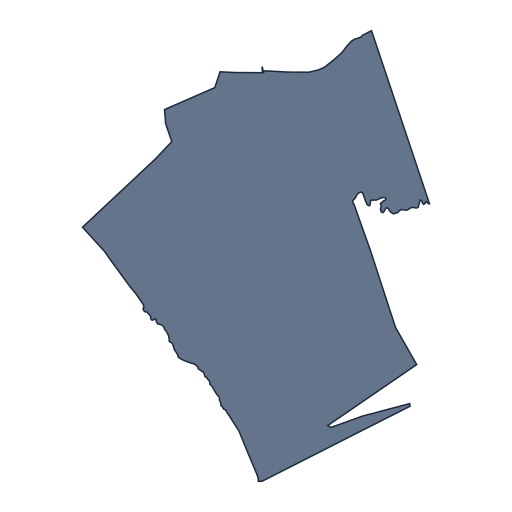 Santo Tomás Tamazulapan, Oaxaca, Mexico (Equal Earth projection)
{"feature_id": "50627088B4613944542165", "entity_name": "Santo Tomás Tamazulapan", "entity_type": "district", "adm_level": 2, "iso_a3": "MEX", "parent_name": "Mexico", "parent_adm1": "Oaxaca", "projection": "equal_earth", "projection_center": [-96.577, 16.24], "detail": "fine", "context": "isolated", "style": "filled", "palette": "slate", "viewbox_px": 512, "rotation_deg": 0, "n_neighbors": 0, "source": "geoboundaries", "source_scale": "gbopen_adm2", "svg_char_len": 3172}
<svg xmlns="http://www.w3.org/2000/svg" viewBox="0 0 512 512"><path d="M429.5,203.8L384.9,70.6L380.2,56.7L379.4,54.2L376.8,46.4L371.5,30.7L362.7,35.1L360.7,37.2L357.3,38.4L354.5,39.2L353.1,40.1L352.4,40.5L351.3,41.2L348.6,44.2L346.8,46.2L341.8,52.7L335.4,58.4L333.9,59.7L324.2,67.4L318.1,70.0L308.8,72.2L288.1,72.1L265.0,70.8L263.6,72.3L262.4,67.7L262.0,66.6L262.3,71.6L262.4,72.7L234.4,72.5L220.0,71.8L219.0,75.0L214.8,87.6L166.4,108.7L164.5,109.6L164.8,112.7L165.6,123.6L171.8,141.6L155.3,159.0L126.5,186.0L82.5,227.2L105.0,252.0L110.4,259.9L112.0,262.1L129.6,286.1L136.6,294.7L142.6,303.5L143.5,304.6L143.4,305.3L143.9,306.6L143.1,308.8L143.6,310.3L144.2,311.2L145.3,311.9L146.6,311.9L147.1,312.1L147.9,313.1L149.2,314.5L150.1,315.5L150.6,316.1L150.5,317.1L151.1,319.5L152.2,320.2L153.8,319.7L155.2,318.6L156.0,319.2L156.0,320.6L156.4,322.0L157.9,324.0L160.4,324.5L162.2,325.3L163.6,326.6L164.5,329.2L166.6,331.7L167.4,333.4L168.4,335.4L169.1,338.3L169.1,339.9L169.2,341.2L169.7,341.8L171.3,342.5L172.1,343.2L172.7,344.4L173.2,345.9L173.7,347.4L174.0,348.3L174.4,349.8L175.0,350.7L176.8,353.2L177.5,354.6L177.8,355.6L178.3,357.1L179.5,358.2L182.9,360.0L187.3,361.8L192.1,363.5L193.4,363.7L195.2,364.5L198.1,367.4L198.2,368.9L200.9,370.5L201.6,371.0L202.3,371.7L202.7,371.9L203.3,372.1L203.8,372.9L204.2,373.9L204.4,374.8L204.7,375.8L205.3,377.0L206.3,377.3L207.2,378.1L207.8,379.3L208.2,379.9L209.3,380.9L209.7,382.0L210.0,382.6L209.8,383.1L210.0,383.5L209.9,383.8L209.8,384.1L210.1,384.2L210.6,384.7L211.1,385.4L211.8,386.1L212.4,386.7L213.2,388.5L214.0,389.8L214.4,390.6L214.8,391.1L215.5,392.4L216.4,393.8L217.7,395.5L218.9,396.6L219.3,397.7L219.5,400.3L220.2,401.6L220.7,403.0L220.8,404.2L220.9,405.3L221.2,405.9L221.8,406.4L222.7,407.1L223.6,409.2L225.3,409.7L239.0,431.1L245.9,448.1L257.2,475.1L258.3,478.7L258.3,481.3L262.0,481.3L359.7,431.7L410.1,406.2L409.8,404.1L409.7,403.6L362.1,416.2L331.1,427.4L327.8,425.5L353.5,407.9L416.7,364.6L395.5,327.4L370.1,249.5L361.8,226.3L354.6,205.9L352.6,201.4L353.3,200.1L354.8,198.6L355.8,197.3L356.3,195.6L357.6,194.2L358.5,193.1L360.2,192.2L361.5,192.2L362.2,192.7L363.3,194.4L363.8,196.3L364.5,197.9L364.9,199.4L365.4,200.6L365.9,202.1L366.4,202.7L366.9,204.3L367.4,204.8L368.4,205.5L368.8,205.7L369.4,205.7L369.9,205.5L370.0,205.0L370.3,203.2L370.4,202.4L370.7,200.6L371.1,200.1L373.3,200.2L373.7,200.0L376.2,200.1L377.2,199.7L378.4,199.2L379.6,198.6L380.8,198.1L382.3,197.8L383.9,197.4L384.8,197.6L385.5,197.8L385.7,198.3L385.7,199.5L385.3,200.0L384.3,200.5L383.5,200.9L382.5,201.7L382.2,202.1L381.1,202.9L380.9,203.4L380.4,203.6L381.3,205.9L380.5,208.6L380.7,210.6L381.6,212.2L382.9,212.6L384.3,211.2L385.0,209.5L386.3,207.8L388.3,208.4L389.0,209.9L389.6,210.9L390.5,212.0L393.2,213.8L394.4,213.6L396.8,212.9L398.0,212.4L399.3,210.7L401.9,209.5L403.3,209.8L406.5,210.2L407.9,209.7L410.4,208.0L412.2,207.4L413.6,207.6L415.0,207.8L416.3,208.0L417.3,207.8L418.5,206.9L418.6,205.9L419.7,201.8L420.1,200.2L421.0,200.2L421.9,201.2L422.3,202.9L423.0,203.5L423.6,204.4L424.6,203.9L425.3,202.7L425.9,201.5L426.8,202.1L427.5,203.0L428.1,203.2L428.7,203.8L429.5,203.8Z" fill="#64748b" stroke="#1e293b" stroke-width="1.5"/></svg>